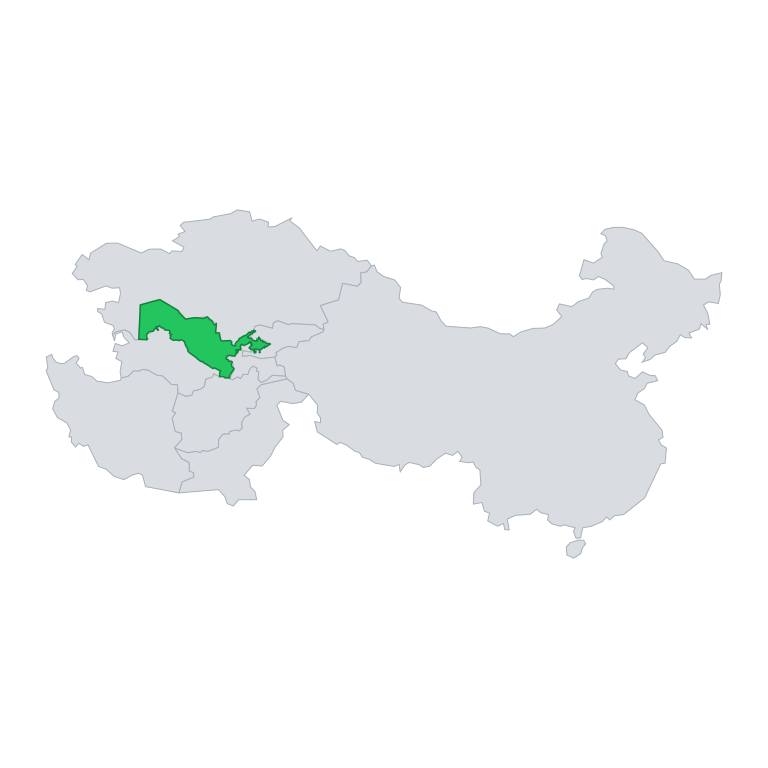 Uzbekistan highlighted, Robinson projection
{"feature_id": "UZB", "entity_name": "Uzbekistan", "entity_type": "country or territory", "adm_level": 0, "iso_a3": "UZB", "parent_name": "Asia", "parent_adm1": "", "projection": "robinson", "projection_center": [66.075, 41.364], "detail": "fine", "context": "with_neighbors", "style": "filled", "palette": "green", "viewbox_px": 768, "rotation_deg": 0, "n_neighbors": 8, "source": "natural_earth", "source_scale": "50m", "svg_char_len": 13893}
<svg xmlns="http://www.w3.org/2000/svg" viewBox="0 0 768 768"><path d="M371.5,265.9L366.6,272.0L360.6,272.9L361.2,282.2L357.5,286.4L342.6,283.3L338.6,299.9L320.4,305.6L328.2,321.9L323.2,324.3L324.1,329.7L319.4,328.3L315.3,324.9L291.4,323.7L288.7,324.7L277.8,320.8L273.5,322.7L272.6,328.3L260.0,325.0L255.0,326.4L253.4,330.5L239.1,338.7L235.8,345.4L232.9,345.5L230.8,341.0L221.1,340.7L219.5,333.1L215.8,333.0L216.3,323.6L207.3,316.8L185.4,318.9L178.4,310.4L159.6,299.4L140.1,304.9L138.8,339.4L134.8,339.9L129.8,332.5L124.8,329.9L116.1,331.9L112.5,335.0L112.2,332.7L114.3,328.8L113.1,325.5L104.5,322.3L101.7,313.9L97.7,311.6L97.6,308.5L104.9,309.4L105.6,302.6L112.1,301.1L118.6,302.5L120.5,293.4L119.6,287.7L112.1,288.2L106.0,285.9L90.0,291.9L86.3,290.4L87.5,285.7L83.4,279.5L77.9,279.7L72.2,273.5L77.2,266.5L75.2,264.6L82.1,254.5L89.0,259.8L90.6,253.1L106.4,243.3L117.6,243.1L141.3,253.0L149.2,249.2L160.6,249.0L169.6,253.7L171.8,251.0L182.0,251.4L183.9,247.1L172.5,240.9L179.5,236.5L178.2,234.0L185.1,231.6L180.2,225.4L183.5,222.3L209.9,219.2L213.3,216.9L230.8,213.6L237.0,209.9L249.6,211.8L252.1,221.2L259.3,219.0L268.5,222.1L268.1,227.0L274.9,226.5L292.0,217.9L289.7,220.8L299.1,227.8L316.9,250.8L320.3,246.0L330.7,251.3L340.8,248.9L345.0,250.6L349.1,255.8L354.3,257.6L357.8,261.5L367.1,260.2L371.5,265.9Z" fill="#d9dde1" stroke="#a8b0b8" stroke-width="1"/><path d="M308.7,394.2L301.4,402.2L292.7,403.6L280.6,401.3L276.9,405.4L282.8,420.1L289.3,424.7L282.7,430.2L283.0,437.0L275.4,446.5L270.5,456.1L262.2,466.0L252.8,465.3L244.0,475.2L249.4,479.5L250.4,486.8L255.0,491.6L256.7,499.7L238.7,499.7L233.3,506.0L227.3,503.6L224.9,496.8L218.6,489.6L178.9,492.9L182.1,481.9L193.8,477.0L193.2,472.6L189.3,471.1L189.1,462.8L181.5,458.6L174.4,447.9L187.8,452.7L195.8,451.3L200.6,452.5L202.3,450.4L207.9,451.3L218.3,447.3L218.6,439.3L223.1,433.9L229.0,433.9L229.9,431.3L236.0,430.0L238.9,430.9L242.0,428.3L241.5,422.6L244.8,416.8L249.9,414.4L246.7,408.2L254.2,408.5L256.3,405.1L256.0,401.4L259.8,397.5L256.9,388.8L261.4,384.6L287.1,378.8L293.1,383.2L295.7,390.4L308.7,394.2Z" fill="#d9dde1" stroke="#a8b0b8" stroke-width="1"/><path d="M219.6,376.6L224.0,376.6L232.3,379.8L237.9,376.8L240.5,378.6L243.0,374.3L247.7,374.5L249.6,369.3L252.9,366.0L257.1,368.1L256.4,371.0L258.7,371.5L258.2,379.4L261.3,382.5L267.4,379.6L272.2,375.3L285.6,376.0L287.1,378.8L261.4,384.6L256.9,388.8L259.8,397.5L256.0,401.4L256.3,405.1L254.2,408.5L246.7,408.2L249.9,414.4L244.8,416.8L241.5,422.6L242.0,428.3L238.9,430.9L236.0,430.0L229.9,431.3L229.0,433.9L223.1,433.9L218.6,439.3L218.3,447.3L207.9,451.3L202.3,450.4L200.6,452.5L195.8,451.3L187.8,452.7L174.4,447.9L181.8,439.3L181.2,433.2L175.1,431.6L172.1,418.0L175.6,412.8L172.2,411.4L177.9,392.8L185.9,396.3L191.8,395.1L193.5,390.8L199.7,389.4L204.2,386.5L205.8,379.0L212.4,377.1L213.6,373.8L219.6,376.6Z" fill="#d9dde1" stroke="#a8b0b8" stroke-width="1"/><path d="M229.9,378.6L234.2,369.1L232.4,362.1L226.7,359.8L228.7,355.6L235.2,356.1L241.2,344.9L251.4,342.7L249.9,347.0L251.0,349.6L254.2,349.4L251.4,352.3L243.0,350.7L242.4,356.2L250.7,355.4L260.3,358.5L274.9,357.1L277.1,365.8L279.7,364.8L284.4,367.0L285.6,376.0L272.2,375.3L267.4,379.6L261.3,382.5L258.2,379.4L258.7,371.5L256.4,371.0L257.1,368.1L252.9,366.0L249.6,369.3L247.7,374.5L243.0,374.3L240.5,378.6L237.9,376.8L232.3,379.8L229.9,378.6Z" fill="#d9dde1" stroke="#a8b0b8" stroke-width="1"/><path d="M253.4,330.5L255.0,326.4L260.0,325.0L272.6,328.3L273.5,322.7L277.8,320.8L288.7,324.7L291.4,323.7L315.3,324.9L319.4,328.3L324.1,329.7L323.2,331.8L311.5,336.9L309.0,340.6L299.2,341.7L296.6,347.7L288.4,346.4L283.1,348.2L275.9,352.7L277.1,354.9L274.9,357.1L260.3,358.5L250.7,355.4L242.4,356.2L243.0,350.7L251.4,352.3L254.2,349.4L260.1,350.3L269.7,343.6L260.5,338.6L255.1,341.0L249.4,337.4L255.7,331.4L253.4,330.5Z" fill="#d9dde1" stroke="#a8b0b8" stroke-width="1"/><path d="M112.5,335.0L116.1,331.9L124.8,329.9L129.8,332.5L134.8,339.9L147.4,339.3L146.4,334.6L153.0,331.4L159.6,325.9L169.7,330.9L170.3,338.3L173.2,340.3L181.5,339.8L184.0,341.5L187.6,351.2L201.4,362.1L219.8,370.8L219.6,376.6L213.6,373.8L212.4,377.1L205.8,379.0L204.2,386.5L199.7,389.4L193.5,390.8L191.8,395.1L185.9,396.3L177.9,392.8L177.4,384.8L171.5,384.5L162.8,376.1L156.6,375.1L148.1,370.3L142.6,369.4L139.1,371.2L133.9,370.9L128.2,376.3L121.2,378.1L120.1,371.5L121.7,361.6L115.8,358.4L118.1,351.9L113.0,351.4L115.2,343.5L122.3,345.8L129.2,342.8L123.9,337.2L122.0,331.8L115.7,334.2L114.5,341.0L112.5,335.0Z" fill="#d9dde1" stroke="#a8b0b8" stroke-width="1"/><path d="M75.5,447.0L71.3,442.0L71.5,436.9L68.9,436.9L70.6,430.1L66.9,422.9L57.5,417.7L52.6,408.7L54.9,401.3L59.0,398.0L58.9,392.5L53.9,389.7L46.1,370.8L47.8,367.9L46.3,357.1L51.8,354.4L52.8,358.0L56.3,362.3L61.6,363.6L64.4,363.3L74.0,356.3L77.0,355.6L79.1,358.4L76.1,363.1L80.6,368.0L82.5,367.5L84.6,374.5L91.8,376.5L97.0,381.2L108.0,382.8L120.4,380.3L121.2,378.1L128.2,376.3L133.9,370.9L139.1,371.2L142.6,369.4L148.1,370.3L156.6,375.1L162.8,376.1L171.5,384.5L177.4,384.8L177.9,392.8L172.2,411.4L175.6,412.8L172.1,418.0L175.1,431.6L181.2,433.2L181.8,439.3L174.4,447.9L181.5,458.6L189.1,462.8L189.3,471.1L193.2,472.6L193.8,477.0L182.1,481.9L178.9,492.9L145.6,486.6L142.4,475.0L138.6,473.3L132.3,475.0L124.0,479.6L114.2,476.5L106.2,469.2L98.6,466.5L88.0,444.9L83.6,446.4L78.7,443.3L75.5,447.0Z" fill="#d9dde1" stroke="#a8b0b8" stroke-width="1"/><path d="M573.9,558.1L567.0,555.1L566.3,547.0L570.1,542.7L578.9,540.0L583.6,540.3L585.7,543.9L582.3,548.0L580.8,553.5L573.9,558.1ZM324.1,329.7L323.2,324.3L328.2,321.9L320.4,305.6L338.6,299.9L342.6,283.3L357.5,286.4L361.2,282.2L360.6,272.9L366.6,272.0L371.5,265.9L374.3,265.1L377.0,271.6L383.7,276.5L394.6,279.9L400.6,287.4L399.1,298.2L402.3,302.2L421.7,305.1L431.5,310.9L436.3,312.0L440.9,320.6L446.1,326.2L470.5,328.0L480.4,326.7L488.1,328.1L500.3,333.8L509.6,333.8L513.4,336.7L521.4,331.7L533.1,328.4L544.5,328.1L552.7,324.8L561.8,316.6L556.7,309.9L559.4,303.9L571.9,306.6L578.3,301.7L588.8,298.1L592.6,292.0L597.2,289.4L607.6,288.2L613.8,289.2L613.7,285.9L605.2,279.5L598.5,276.5L593.8,279.9L586.1,278.5L582.2,279.6L579.4,275.9L584.0,259.7L593.6,263.1L602.2,257.3L600.9,253.3L604.2,243.7L607.3,240.8L605.5,235.8L600.9,233.7L605.3,229.2L613.5,227.5L622.8,227.3L634.4,230.0L641.8,233.3L658.2,251.9L664.1,260.8L677.7,263.8L688.6,270.4L694.4,279.1L705.6,279.1L710.7,275.4L721.9,272.7L721.0,281.0L719.3,284.4L720.3,294.5L718.4,303.5L708.7,301.9L703.4,305.1L707.7,313.2L709.9,324.2L706.1,324.5L707.5,329.2L701.0,323.7L699.5,329.0L688.9,333.0L691.5,337.9L684.8,337.6L680.3,334.7L676.9,341.3L669.8,346.3L665.1,352.4L654.9,355.1L650.1,359.5L642.3,362.1L645.5,357.7L643.2,354.0L647.8,347.7L642.5,342.8L629.5,352.6L625.9,358.7L618.4,359.2L615.3,363.6L620.6,370.0L627.3,371.5L628.4,375.8L635.1,378.5L642.5,371.8L650.2,375.5L655.3,375.7L657.6,380.7L647.1,383.3L644.5,388.4L637.8,393.1L635.0,399.8L644.4,405.0L649.0,414.3L662.0,430.2L663.0,437.3L658.5,439.9L661.2,444.9L666.4,447.9L665.1,463.1L660.7,463.9L644.7,497.9L623.5,514.6L614.4,515.7L609.7,519.9L606.6,516.9L602.3,521.6L591.3,526.3L582.7,527.8L580.6,537.8L576.1,538.3L573.5,531.4L575.1,527.8L563.9,524.8L560.2,526.3L551.8,523.8L547.6,520.0L548.5,514.5L540.9,512.8L536.8,509.2L530.1,514.3L515.7,515.3L507.3,519.0L509.2,529.9L504.8,529.6L503.5,523.5L497.6,526.2L487.7,520.9L489.6,513.1L484.4,511.2L482.0,502.5L473.4,504.1L473.8,492.8L480.9,484.9L479.9,469.9L476.2,467.6L473.1,462.0L468.4,462.7L459.6,461.3L462.1,457.3L457.9,451.4L452.4,455.4L445.5,453.1L436.6,459.1L429.7,466.2L423.2,467.4L419.5,464.8L409.4,462.4L405.1,464.8L400.2,471.8L399.1,464.4L394.3,466.4L375.6,463.3L368.8,459.1L362.5,457.3L359.6,452.7L355.0,451.3L346.7,445.2L340.1,442.3L336.9,444.5L317.3,431.9L314.7,421.5L320.5,422.7L320.5,417.9L317.2,413.0L317.7,405.3L308.7,394.2L295.7,390.4L293.1,383.2L287.1,378.8L285.6,376.0L284.4,367.0L279.7,364.8L277.1,365.8L274.9,357.1L277.1,354.9L275.9,352.7L283.1,348.2L288.4,346.4L296.6,347.7L299.2,341.7L309.0,340.6L311.5,336.9L323.2,331.8L324.1,329.7Z" fill="#d9dde1" stroke="#a8b0b8" stroke-width="1"/><path d="M253.3,330.6L253.5,330.5L253.9,330.3L254.7,330.6L255.3,331.0L255.5,331.2L255.4,331.4L253.9,332.2L253.0,332.6L252.6,332.7L252.5,332.8L252.2,333.7L251.7,333.8L250.9,334.1L250.4,334.5L249.6,335.5L247.5,337.0L247.5,337.3L247.7,337.5L248.4,337.7L249.3,338.1L249.8,338.5L251.1,338.0L251.5,338.1L251.8,338.6L252.2,339.9L252.8,340.2L253.6,340.5L254.1,340.6L254.7,340.9L255.6,341.0L256.2,340.9L256.9,341.2L257.0,341.0L257.1,339.1L257.7,339.4L258.0,339.4L258.3,339.2L258.5,338.9L258.6,338.2L258.4,337.6L258.7,337.3L258.9,337.2L259.1,337.3L259.2,337.5L259.2,338.1L259.6,338.3L259.9,338.4L260.2,338.9L260.4,339.4L260.6,340.5L261.2,340.6L262.0,340.8L262.4,340.6L262.8,340.7L263.0,341.2L263.0,341.7L263.0,342.1L263.9,341.9L264.4,341.9L264.9,342.1L265.5,342.5L266.4,343.4L266.7,343.5L268.0,343.6L268.3,343.8L268.7,343.8L269.2,343.6L270.3,343.9L270.4,344.1L270.2,344.3L267.6,345.6L267.5,346.0L266.9,346.5L266.4,346.8L266.1,346.8L264.8,346.3L264.7,346.4L264.6,346.6L264.6,346.8L264.9,347.3L264.7,347.7L264.5,347.9L263.7,347.7L263.5,347.4L263.2,347.4L262.8,347.6L261.9,348.5L261.6,349.0L261.4,349.3L261.0,349.4L260.6,349.5L260.1,349.9L259.4,350.3L259.2,350.0L259.1,349.7L258.9,349.6L258.6,349.7L258.1,349.7L257.6,349.4L257.0,349.1L256.4,349.0L254.8,349.1L254.0,349.3L253.8,349.4L253.3,349.5L251.4,349.8L251.0,349.7L250.7,349.2L250.5,348.6L250.0,348.4L249.4,348.3L249.2,348.1L249.2,347.8L249.3,347.6L249.3,347.4L251.7,345.5L251.8,345.4L251.9,345.2L252.1,344.9L251.2,344.4L251.2,344.2L251.3,344.0L251.3,343.8L250.7,343.1L249.6,342.1L249.3,342.0L249.1,342.1L248.7,343.1L248.5,343.3L247.3,344.0L244.6,345.3L244.1,345.5L243.8,345.5L243.5,345.3L242.4,344.5L241.8,344.2L241.4,344.5L241.0,344.9L241.0,345.7L240.6,346.2L240.2,346.4L241.0,348.6L240.9,348.9L240.4,349.0L240.8,349.8L240.4,349.9L239.5,349.7L238.3,349.6L236.0,350.0L235.8,350.1L235.8,350.3L235.9,350.5L237.0,350.5L238.1,350.4L238.4,350.6L238.5,350.8L238.4,351.0L238.0,351.0L237.2,351.2L237.1,351.4L237.1,351.6L237.4,352.1L237.7,352.4L237.7,352.6L237.4,352.8L237.2,352.5L236.9,352.8L236.9,353.0L236.7,353.2L236.3,353.1L235.9,353.2L235.7,354.1L235.6,355.1L234.9,355.8L234.6,356.1L234.1,356.1L233.4,356.0L232.9,355.9L231.6,355.8L230.3,355.5L228.9,355.3L227.5,355.9L227.1,356.2L226.9,356.6L226.6,356.7L226.0,358.8L226.1,359.1L226.4,359.3L228.1,359.7L228.3,359.9L228.5,360.1L228.6,361.0L229.3,361.3L230.1,361.3L230.8,361.2L231.4,361.3L231.9,361.5L232.1,361.8L232.2,362.2L231.5,364.2L231.5,365.0L231.8,366.1L232.2,367.0L233.1,367.8L233.7,368.3L233.8,368.6L233.9,369.0L233.8,369.5L233.4,370.3L233.0,370.9L232.5,371.2L231.8,372.1L231.2,373.2L230.1,374.6L229.7,375.4L229.6,377.7L229.3,378.4L229.3,378.1L228.8,377.9L228.1,377.9L227.6,377.8L227.4,377.5L226.8,377.6L225.9,378.0L224.9,377.8L223.9,376.8L222.0,376.5L219.6,376.7L219.6,375.7L219.6,374.4L219.7,372.6L220.5,371.2L220.4,370.9L220.3,370.7L220.0,370.5L218.6,370.1L218.2,369.9L217.6,369.5L216.9,369.0L216.3,368.7L215.3,368.3L214.5,368.0L213.9,368.2L213.5,368.4L213.0,368.4L212.6,368.3L210.9,367.3L208.4,365.5L206.4,364.2L205.2,363.6L204.9,363.4L204.2,362.9L202.5,361.3L201.3,361.6L199.7,360.6L198.3,359.6L197.9,359.3L196.3,357.6L192.8,355.1L189.7,353.0L188.8,352.2L188.5,351.9L188.1,351.3L187.7,348.6L187.1,347.3L186.3,346.6L185.6,345.3L185.0,343.3L184.5,342.0L184.2,341.4L183.4,340.8L182.2,340.1L181.1,339.7L180.7,339.7L180.5,339.8L180.3,340.0L179.8,340.5L179.1,340.5L178.6,340.5L178.2,340.3L176.8,340.2L176.3,340.0L175.4,340.0L173.6,340.3L173.1,340.2L171.2,339.0L170.4,338.6L170.2,338.3L170.2,337.9L170.5,337.2L170.8,336.8L170.7,336.3L170.3,335.8L170.3,335.2L170.6,334.9L171.1,335.0L171.3,334.8L171.2,334.5L171.0,334.3L170.6,333.8L169.5,333.4L169.4,333.2L169.6,332.8L169.7,332.3L169.7,331.7L169.9,331.4L169.9,331.2L169.4,330.7L168.8,330.2L168.1,330.1L165.7,330.1L165.0,329.9L164.4,329.6L163.9,328.4L163.6,328.2L163.3,328.0L162.6,328.0L161.8,327.9L161.4,327.7L160.3,326.6L159.3,325.7L158.8,326.6L158.4,326.7L157.5,326.7L156.8,326.5L156.4,326.7L155.9,327.1L156.0,327.3L156.3,327.6L156.9,328.0L157.9,329.1L158.3,329.8L158.4,330.0L158.1,330.2L157.7,330.2L157.5,329.7L157.2,329.2L156.9,328.9L156.5,328.8L156.0,328.6L155.3,328.4L155.0,328.4L154.6,328.7L154.3,329.0L154.1,329.8L153.5,330.8L153.2,331.2L152.2,331.4L149.9,331.5L149.2,331.8L148.7,332.2L147.8,333.4L147.2,333.7L146.6,334.3L146.7,336.0L146.9,338.1L147.3,338.7L147.6,338.8L147.6,339.0L147.2,339.4L146.8,339.8L146.4,339.8L145.6,339.7L144.9,339.6L138.8,339.3L139.0,335.0L140.2,309.2L140.4,304.9L151.8,301.7L159.2,299.8L160.0,299.7L160.8,300.2L165.8,303.2L169.9,305.6L170.9,306.3L178.0,310.5L178.4,311.0L178.7,311.9L179.1,312.6L179.9,313.4L180.8,314.3L182.5,316.1L185.3,319.0L185.9,319.0L194.5,317.7L203.8,318.4L206.6,317.1L207.3,316.9L208.1,317.5L209.3,319.0L210.1,319.7L211.8,320.7L214.1,324.7L216.3,323.7L216.2,325.8L216.0,328.5L215.7,330.0L215.7,332.9L219.4,333.0L219.5,334.0L219.7,335.4L220.2,337.7L220.7,339.8L221.0,340.6L221.3,340.8L221.8,341.0L228.9,340.6L229.4,340.8L229.9,340.6L230.4,340.5L231.1,341.4L231.4,341.7L231.8,342.0L231.4,343.6L231.3,344.1L231.8,344.6L232.2,344.9L233.2,345.5L234.1,345.9L234.8,346.0L235.4,345.8L235.6,345.5L235.5,345.0L235.2,344.5L235.2,343.9L235.4,343.5L236.6,341.9L237.4,341.2L238.5,340.4L238.9,339.8L239.0,338.9L239.7,338.3L240.4,338.0L241.3,337.7L241.6,337.2L242.8,336.4L243.6,336.0L244.5,335.8L245.8,335.3L246.9,334.6L247.8,333.5L248.6,332.7L249.3,332.2L249.8,332.2L250.2,332.6L250.5,332.6L250.8,332.4L251.1,331.9L251.5,331.4L251.9,331.1L252.6,331.0L253.3,330.6ZM251.3,342.9L251.2,342.7L251.0,342.3L250.6,342.1L250.6,342.5L251.0,342.9L251.3,342.9ZM255.7,352.7L255.4,352.8L254.7,352.8L254.2,352.7L254.5,351.9L254.5,351.7L254.2,351.6L253.9,351.3L253.8,350.9L253.9,350.4L254.1,350.3L254.3,350.3L254.7,350.9L255.1,351.1L255.9,351.2L255.5,351.9L255.8,352.6L255.7,352.7ZM260.2,352.2L260.0,352.6L259.6,352.5L259.3,352.2L259.8,351.9L260.0,351.7L260.2,352.2Z" fill="#22c55e" stroke="#15803d" stroke-width="1.5"/></svg>